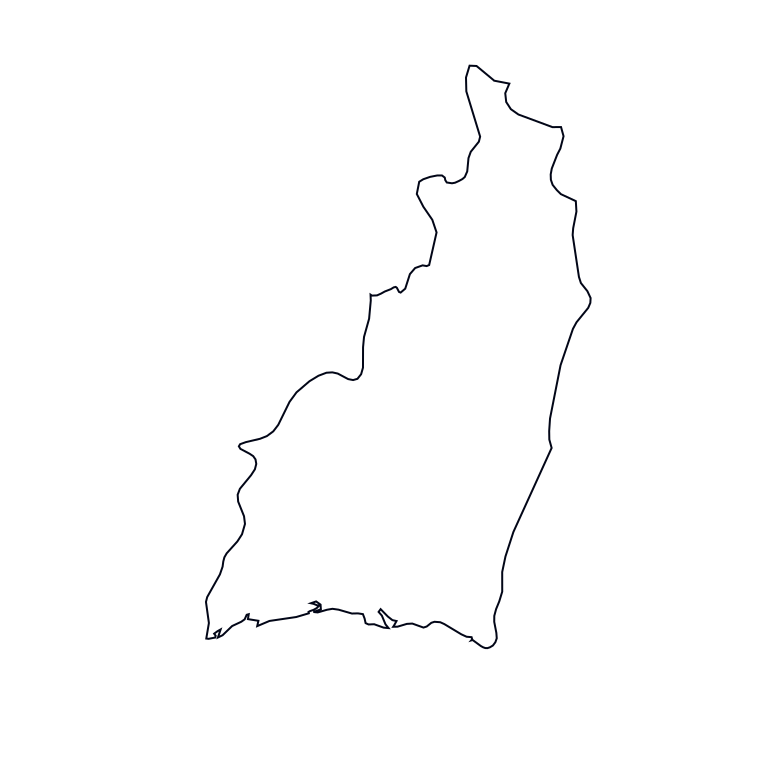 map outline of Thanh Hóa (Albers equal-area conic projection), rotated 74°
{"feature_id": "VNM-456", "entity_name": "Thanh Hóa", "entity_type": "Province", "adm_level": 1, "iso_a3": "VNM", "parent_name": "Vietnam", "parent_adm1": "", "projection": "albers", "projection_center": [105.367, 19.958], "detail": "fine", "context": "isolated", "style": "outline", "palette": "ink", "viewbox_px": 768, "rotation_deg": 74, "n_neighbors": 0, "source": "natural_earth", "source_scale": "10m", "svg_char_len": 2697}
<svg xmlns="http://www.w3.org/2000/svg" viewBox="0 0 768 768"><g transform="rotate(74 384 384)"><path d="M146.6,188.8L154.8,186.3L162.0,180.5L183.5,151.3L185.8,143.0L195.3,143.1L206.3,149.6L211.4,154.4L223.1,163.3L228.5,166.0L233.7,167.3L239.1,167.0L245.3,164.4L250.3,161.6L261.1,149.2L271.3,151.5L286.4,159.2L292.8,161.6L334.8,167.1L341.2,166.9L350.8,162.9L358.3,161.7L362.9,163.3L367.1,166.7L377.7,181.9L383.1,187.2L414.6,209.1L462.9,233.9L474.8,238.2L483.0,240.4L491.7,240.5L561.9,300.4L583.3,314.8L597.3,322.2L616.2,327.6L624.7,333.1L631.3,338.3L637.3,341.9L643.0,343.6L654.2,344.6L659.5,345.7L662.9,348.1L665.4,351.4L666.3,354.8L666.4,357.4L665.7,359.5L664.4,361.3L662.6,363.1L654.6,369.3L654.5,370.7L654.5,370.8L653.7,369.6L651.5,369.6L649.7,374.3L645.9,378.7L631.4,392.2L628.5,395.6L626.5,401.0L626.6,404.3L628.9,409.8L629.0,413.2L622.1,422.8L620.9,428.1L621.0,437.9L619.9,442.1L618.8,440.8L615.3,437.3L613.3,441.0L608.6,444.4L599.5,449.3L601.6,452.0L606.0,449.9L615.5,448.8L619.9,446.9L618.1,451.5L612.2,459.7L610.9,465.1L608.8,467.6L604.1,467.3L599.4,467.7L597.3,472.3L595.8,478.1L588.4,489.9L585.9,495.5L585.3,501.0L585.3,510.7L583.7,514.7L583.2,506.8L578.6,505.8L574.3,509.2L574.6,514.7L575.9,512.3L578.3,509.3L579.1,507.3L580.9,510.5L581.7,514.0L581.9,517.7L582.3,519.4L583.7,519.5L583.8,532.6L580.2,559.4L581.8,572.6L577.0,570.0L572.5,579.6L568.0,577.5L568.0,579.6L571.8,582.8L573.2,586.7L574.8,596.7L581.0,608.4L581.9,613.5L574.9,608.7L575.7,612.1L577.2,616.1L579.6,615.2L581.2,616.1L580.6,622.9L579.7,625.0L565.5,618.2L544.4,615.2L540.1,612.7L521.8,594.2L515.1,589.5L510.3,587.4L506.6,585.2L503.4,581.9L494.9,568.3L489.3,561.9L480.2,556.2L472.5,555.0L456.8,556.6L450.1,555.2L445.0,551.4L435.0,536.9L430.4,531.6L425.6,528.8L421.1,528.3L417.3,529.6L414.0,532.4L406.8,539.9L403.9,540.7L402.2,538.9L401.8,532.8L402.5,518.3L401.8,511.0L399.0,503.5L394.1,496.9L375.1,479.7L367.9,470.4L360.8,454.9L358.0,444.7L357.3,436.2L358.6,430.4L361.2,425.6L369.4,417.1L371.7,412.6L371.7,408.1L368.3,403.3L362.5,399.7L342.9,394.0L333.2,390.2L317.1,380.3L300.1,373.7L294.4,372.3L295.7,371.2L296.9,366.3L296.3,362.0L295.3,357.7L294.7,351.2L293.8,348.1L293.9,346.0L295.1,345.1L299.6,344.2L300.7,342.8L298.2,337.3L285.5,328.8L281.1,322.1L280.6,314.2L282.4,310.5L282.1,307.8L252.8,291.7L239.5,292.3L224.5,297.3L210.4,300.1L199.3,294.4L198.0,289.8L197.6,282.6L198.2,275.5L199.5,270.8L202.3,268.7L205.0,268.9L207.6,268.1L209.8,263.3L210.1,260.2L209.5,256.1L208.6,252.1L207.3,249.3L202.6,245.4L190.1,240.5L184.7,236.6L177.2,226.0L172.7,223.4L125.4,224.2L112.0,220.7L101.6,214.0L103.8,207.4L122.7,194.5L122.8,194.5L129.8,180.7L137.9,187.3L146.6,188.8Z" fill="none" stroke="#020617" stroke-width="2"/></g></svg>